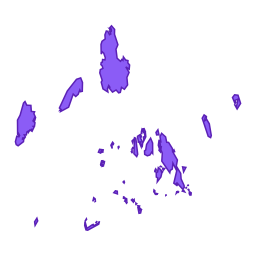 Banggai Laut, Sulawesi Tengah, Indonesia
{"feature_id": "22746128B78411617556279", "entity_name": "Banggai Laut", "entity_type": "district", "adm_level": 2, "iso_a3": "IDN", "parent_name": "Indonesia", "parent_adm1": "Sulawesi Tengah", "projection": "equal_earth", "projection_center": [123.625, -1.86], "detail": "fine", "context": "isolated", "style": "filled", "palette": "violet", "viewbox_px": 256, "rotation_deg": 0, "n_neighbors": 0, "source": "geoboundaries", "source_scale": "gbopen_adm2", "svg_char_len": 6005}
<svg xmlns="http://www.w3.org/2000/svg" viewBox="0 0 256 256"><path d="M111.5,25.8L109.5,28.1L109.8,29.7L110.5,29.8L109.7,28.9L110.3,29.1L110.0,27.9L110.5,27.7L111.3,29.4L111.2,31.5L109.7,31.3L110.8,34.0L109.5,34.7L107.8,31.3L106.3,31.0L104.9,34.9L105.2,38.9L102.0,41.3L101.0,44.4L101.2,54.1L102.3,51.9L103.7,53.1L105.3,57.7L104.9,59.9L102.6,59.5L102.3,62.1L101.2,62.5L100.9,64.6L102.2,65.9L102.9,68.4L100.3,69.6L99.8,72.9L102.2,80.4L101.2,82.1L103.0,88.9L107.9,92.0L107.4,88.8L108.7,85.5L109.9,87.2L109.1,87.9L112.5,92.1L116.1,90.0L118.7,92.9L120.3,92.4L121.5,87.4L124.4,89.3L127.6,84.9L126.9,77.5L129.1,72.4L125.8,66.9L129.2,69.2L129.6,65.0L127.8,62.8L128.0,60.6L125.6,60.0L123.4,56.9L122.9,60.3L121.9,59.4L120.5,61.3L117.1,58.2L116.0,49.2L117.9,44.7L114.5,34.3L114.6,29.4L111.5,25.8ZM26.8,105.2L25.0,101.5L23.5,103.1L20.1,115.2L17.5,120.1L17.6,134.3L18.3,135.1L18.6,133.6L19.6,135.4L18.9,136.8L16.8,136.2L15.4,141.7L16.2,144.6L18.1,145.8L23.5,141.7L23.8,138.6L23.2,138.3L23.1,139.3L22.5,139.2L22.7,138.0L24.1,137.8L24.0,139.0L25.4,136.9L24.3,134.9L26.4,134.9L26.9,132.0L28.1,131.2L28.4,132.4L29.9,130.0L31.4,130.9L31.3,128.8L32.3,130.8L34.0,127.2L33.2,126.4L34.5,126.2L35.0,122.7L33.0,120.9L34.2,118.5L34.7,120.6L35.6,117.5L33.9,113.7L34.6,111.8L31.3,111.4L30.9,105.4L26.8,105.2ZM165.6,136.9L161.6,133.3L160.0,136.7L160.8,141.7L159.9,141.4L160.4,145.8L159.0,150.3L160.4,151.9L160.7,146.5L161.3,146.7L160.8,149.5L162.3,153.2L161.8,161.1L169.8,172.8L170.3,170.4L172.3,169.1L172.9,163.2L175.8,169.0L177.4,160.0L173.6,153.3L173.5,151.8L174.6,151.6L173.9,149.8L172.6,151.3L172.3,148.4L168.6,142.4L166.7,142.3L165.6,136.9ZM80.7,77.9L76.5,79.3L67.3,91.0L59.4,108.0L60.7,109.1L59.9,110.3L61.0,110.0L60.6,111.5L68.6,107.2L73.2,94.1L75.7,96.5L78.2,94.3L79.8,90.0L80.5,91.7L82.3,91.3L82.5,82.5L80.7,77.9ZM177.4,167.9L173.8,183.2L176.9,185.5L177.3,185.1L176.9,183.8L176.7,185.0L175.8,184.0L177.0,182.9L182.6,189.1L184.2,187.6L184.1,185.5L181.1,178.9L180.7,173.4L177.4,167.9ZM152.7,153.5L152.6,143.0L150.6,138.2L146.6,144.4L145.7,150.0L144.5,150.9L144.7,154.4L147.3,155.8L149.9,155.0L151.7,152.2L152.7,153.5ZM206.4,116.5L204.1,114.9L202.2,118.2L208.2,136.3L210.6,137.6L211.3,135.6L209.3,123.8L206.7,119.4L204.6,120.8L205.4,116.8L206.3,118.0L206.4,116.5ZM240.6,103.4L238.0,95.2L234.6,94.8L232.5,97.5L235.0,103.5L235.8,102.1L234.7,100.5L238.1,99.1L236.4,107.1L234.4,104.2L237.1,109.0L240.6,103.4ZM158.3,167.6L157.6,171.9L156.2,172.8L156.3,177.1L157.7,177.9L157.3,181.8L160.9,177.0L161.8,173.2L160.7,169.7L158.3,167.6ZM137.7,154.3L135.8,138.2L134.5,137.7L133.9,153.7L136.7,156.6L137.7,154.3ZM99.5,221.3L97.9,223.5L94.4,225.4L91.9,225.0L86.9,228.4L85.0,221.5L84.7,225.5L86.0,229.9L87.7,230.2L98.7,224.2L99.5,221.3ZM140.6,134.3L137.5,136.3L138.2,140.9L140.0,142.5L139.1,142.5L139.9,143.0L140.8,141.3L139.8,143.6L141.2,146.8L141.4,145.0L142.3,146.1L142.7,142.6L140.4,137.7L139.9,135.3L141.7,137.5L140.6,134.3ZM144.1,128.6L142.0,129.0L141.3,132.2L141.5,133.2L141.8,133.3L142.2,129.6L143.1,131.0L143.3,129.4L143.7,132.5L145.1,132.2L144.5,133.7L145.0,136.3L143.5,137.0L143.7,141.0L145.8,136.8L145.3,131.5L144.1,128.6ZM103.2,149.8L99.6,149.3L98.4,152.2L100.5,153.0L101.2,151.0L102.9,151.5L103.2,149.8ZM35.1,225.4L37.7,220.9L36.9,218.2L34.6,221.8L35.1,225.4ZM139.6,209.6L137.7,206.5L139.0,213.3L140.6,213.0L141.2,210.4L140.3,209.5L141.2,209.3L139.8,208.0L139.6,209.6ZM185.9,167.4L182.6,166.9L183.6,171.9L185.9,167.4ZM157.9,129.8L156.0,132.4L156.6,134.9L159.0,134.8L157.9,129.8ZM115.4,190.8L113.8,192.7L117.4,193.9L117.3,191.2L115.4,190.8ZM159.1,139.8L158.3,145.3L159.2,148.1L160.2,144.8L159.1,139.8ZM112.6,142.2L110.9,145.2L112.2,148.5L111.9,144.2L112.9,143.8L113.1,145.2L113.6,143.5L112.6,142.2ZM102.9,160.7L101.6,160.8L100.6,164.5L101.0,166.0L101.3,164.4L101.9,165.6L101.5,162.5L103.2,162.5L102.9,160.7ZM189.3,192.3L189.2,193.5L189.8,195.0L191.0,195.0L191.2,192.8L190.3,192.2L190.0,193.8L189.3,192.3ZM132.3,199.2L131.4,200.0L133.4,202.2L133.8,201.4L132.3,199.2ZM164.7,168.5L162.8,168.2L162.7,169.1L163.5,170.1L164.7,168.5ZM93.7,197.7L93.3,199.6L94.8,198.8L95.4,200.3L95.1,198.8L93.7,197.7ZM154.0,190.0L153.8,191.8L154.6,192.9L154.9,190.8L154.0,190.0ZM178.5,191.2L176.7,191.7L176.3,193.3L178.5,191.2ZM132.6,142.5L133.0,140.0L132.0,141.0L132.6,142.5ZM124.0,181.1L123.1,182.0L124.1,183.1L124.5,182.2L124.0,181.1ZM157.5,193.7L154.7,193.1L155.1,194.0L155.9,194.5L157.2,194.3L157.5,193.7ZM134.1,199.4L133.1,200.3L134.3,200.9L134.1,199.4ZM85.0,221.3L86.6,219.4L86.4,218.8L85.0,221.3ZM162.1,166.9L160.5,166.2L160.2,166.6L162.1,166.9ZM155.1,170.5L154.8,171.6L155.7,171.8L156.2,170.0L155.7,171.6L155.1,170.5ZM132.1,150.5L131.3,151.5L132.2,153.2L132.1,150.5ZM184.7,191.9L183.6,190.2L182.6,190.7L182.3,191.1L184.7,191.9ZM125.4,198.6L124.7,198.3L125.8,200.6L125.4,198.6ZM104.5,161.5L103.5,161.3L104.3,162.6L104.5,161.5ZM135.9,204.2L136.7,203.7L135.9,203.1L135.9,204.2ZM118.4,148.1L119.1,147.0L118.8,146.4L118.1,146.9L118.4,148.1ZM139.6,206.0L138.2,205.8L139.3,206.8L139.6,206.0ZM102.9,165.4L102.3,166.3L103.0,166.2L102.9,165.4ZM124.8,197.3L123.6,196.9L123.4,199.0L123.8,197.1L124.8,197.3ZM189.0,185.2L188.0,185.1L187.4,186.1L188.1,185.3L189.0,185.2ZM126.9,202.7L125.7,202.1L126.6,203.2L126.9,202.7ZM162.0,172.7L162.7,171.8L162.2,171.3L162.0,172.7ZM156.2,169.8L155.7,168.9L155.2,169.9L156.2,169.8ZM188.8,189.5L187.7,189.1L189.2,190.8L188.8,189.5ZM96.2,222.6L97.2,221.1L95.5,222.9L96.2,222.6ZM126.7,198.8L125.9,198.4L126.8,201.0L126.7,198.8ZM132.7,148.4L133.1,146.9L132.2,148.6L132.7,148.4ZM125.1,200.5L124.7,201.1L125.5,201.6L125.1,200.5ZM103.7,164.2L102.9,164.2L103.6,164.9L103.7,164.2ZM166.7,194.8L165.8,195.0L165.8,195.4L166.7,194.8ZM178.3,192.4L178.9,191.3L177.9,192.4L178.3,192.4ZM186.1,188.1L186.7,186.9L185.9,187.9L186.1,188.1ZM102.6,152.1L102.2,151.8L101.8,152.4L102.6,152.1ZM93.4,201.2L93.1,200.2L92.9,199.9L93.0,200.8L93.4,201.2ZM93.2,224.6L93.8,224.1L93.0,224.5L93.2,224.6ZM95.4,201.4L95.4,200.4L95.1,201.5L95.4,201.4ZM126.8,202.2L127.0,202.0L126.9,201.3L126.8,202.2Z" fill="#8b5cf6" stroke="#5b21b6" stroke-width="1.5"/></svg>